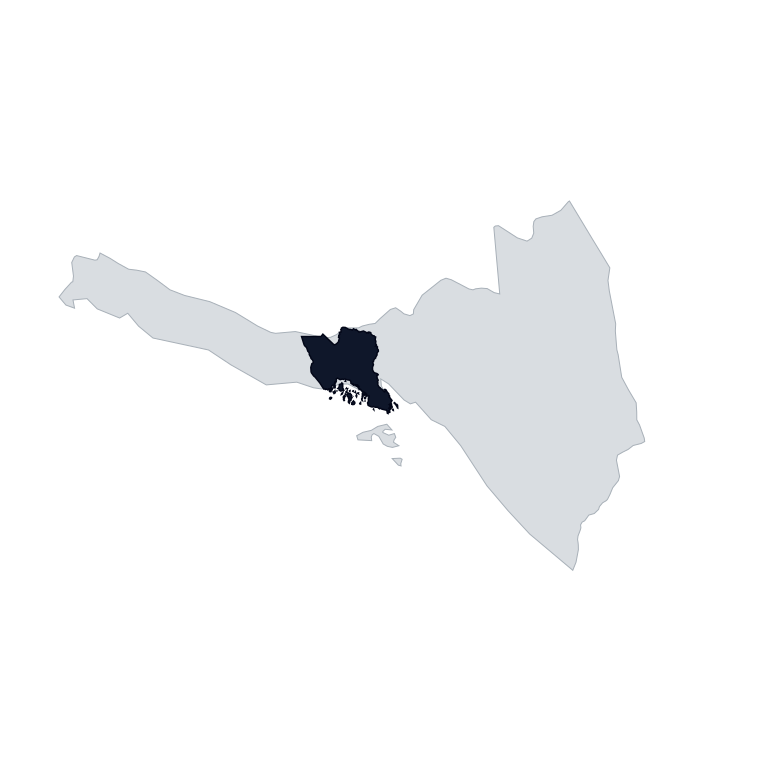 Ghelaelo, Semenawi Keyih Bahri, Eritrea shown in context, rotated 154°
{"feature_id": "51966322B44831299318058", "entity_name": "Ghelaelo", "entity_type": "district", "adm_level": 2, "iso_a3": "ERI", "parent_name": "Eritrea", "parent_adm1": "Semenawi Keyih Bahri", "projection": "natural_earth1", "projection_center": [40.103, 14.909], "detail": "fine", "context": "in_parent", "style": "filled", "palette": "ink", "viewbox_px": 768, "rotation_deg": 154, "n_neighbors": 0, "source": "geoboundaries", "source_scale": "gbopen_adm2", "svg_char_len": 8538}
<svg xmlns="http://www.w3.org/2000/svg" viewBox="0 0 768 768"><g transform="rotate(154 384 384)"><path d="M137.1,467.2L134.8,441.6L133.3,424.5L131.6,406.4L130.1,389.4L137.3,378.9L140.7,368.9L149.4,336.5L152.9,330.1L159.7,312.7L160.7,307.7L167.4,285.8L166.8,271.3L165.6,256.6L169.2,247.9L172.5,241.0L172.3,235.1L173.8,221.4L174.9,218.0L178.9,217.8L187.0,219.5L193.0,218.2L199.9,218.1L205.3,217.7L208.5,213.6L212.8,197.6L215.7,194.4L217.8,193.4L223.9,190.5L229.2,185.8L233.5,182.5L235.0,181.8L239.6,181.4L244.1,179.4L246.1,177.2L251.8,175.4L257.4,176.4L261.1,174.4L263.6,173.1L266.5,173.0L269.1,171.2L270.1,168.4L271.8,166.5L276.2,162.4L278.2,159.4L279.1,156.4L280.0,154.0L281.9,149.9L289.5,139.7L296.0,133.8L318.8,185.2L328.0,215.6L336.1,247.3L342.1,295.0L347.9,319.2L357.2,331.2L363.6,353.8L369.0,354.6L373.0,360.9L379.8,382.1L384.7,390.0L387.3,383.2L387.0,379.3L385.1,372.7L386.8,364.3L390.6,359.3L399.3,366.1L404.1,371.4L405.3,381.8L407.3,387.6L416.4,399.8L424.1,403.4L434.0,404.3L442.4,407.0L449.0,411.5L461.6,423.9L490.2,434.8L513.2,468.3L526.8,491.5L571.5,526.6L579.2,543.5L583.3,559.9L592.7,559.2L608.8,577.2L613.5,590.9L626.7,595.9L628.9,587.8L635.3,594.4L637.9,604.7L629.5,608.8L620.2,612.5L618.9,612.3L615.8,617.1L611.4,630.1L606.6,633.9L604.0,634.2L589.5,622.0L587.3,621.4L584.1,623.7L581.8,626.2L575.1,617.0L570.1,608.9L563.2,599.1L556.5,594.8L549.3,589.3L542.3,576.5L535.1,562.5L524.4,551.0L504.5,534.4L486.2,513.4L472.2,491.5L463.2,480.1L459.3,477.1L440.7,470.0L427.7,459.9L417.7,451.7L411.6,449.4L405.6,449.2L393.0,450.8L382.4,445.6L378.0,445.6L371.0,444.1L365.4,442.3L358.9,444.5L345.6,448.2L340.1,447.4L337.1,442.2L335.3,438.3L330.7,434.1L326.9,434.1L324.7,437.8L310.8,447.1L287.4,452.3L281.9,451.9L277.8,448.2L266.0,432.2L262.7,429.6L260.0,429.4L254.5,427.5L249.4,424.5L245.0,417.9L240.5,414.2L235.6,427.0L227.1,449.3L222.5,461.3L216.6,476.7L214.7,477.2L211.7,476.1L200.1,456.9L192.8,449.7L187.3,450.3L183.3,453.9L180.8,460.3L178.1,464.3L175.1,465.8L168.7,465.0L159.0,462.0L148.9,462.6L138.5,467.0L137.1,467.2ZM411.6,339.2L414.8,343.9L417.0,343.5L418.7,341.9L419.9,338.5L431.9,345.2L431.2,349.5L424.0,349.8L415.8,347.9L408.2,348.6L399.1,346.6L397.0,339.2L402.8,342.8L405.8,341.9L406.3,340.9L402.2,335.9L396.4,334.9L396.8,330.9L399.4,329.4L401.0,327.5L397.7,322.0L404.2,323.3L408.3,326.5L411.0,330.4L411.6,339.2ZM406.7,304.8L409.3,313.4L401.9,310.2L400.7,308.4L403.9,305.0L404.6,302.9L406.7,304.8Z" fill="#d9dde1" stroke="#a8b0b8" stroke-width="1"/><path d="M440.4,406.0L439.8,406.0L439.2,404.8L438.8,404.7L438.9,405.0L438.6,405.2L437.9,404.9L437.1,403.3L436.4,403.3L435.8,403.9L435.4,403.4L434.5,403.2L434.4,402.7L434.7,402.5L435.5,402.8L436.2,401.2L435.9,400.7L435.4,401.0L434.9,400.5L434.7,400.7L434.8,401.3L433.1,401.5L432.1,402.9L433.9,403.7L432.5,404.3L431.7,405.5L430.5,405.5L430.3,404.5L429.7,403.6L430.7,402.7L429.7,402.1L429.9,401.5L429.1,402.9L429.2,403.5L428.7,403.8L428.6,404.2L428.9,404.4L428.6,404.9L428.5,404.5L428.0,405.8L428.3,405.4L428.7,405.6L428.0,406.6L427.4,406.3L427.3,407.1L427.0,407.6L426.4,407.4L426.4,406.8L425.9,407.0L425.8,407.4L426.2,407.8L425.0,408.4L424.7,409.6L423.3,409.8L421.5,407.1L419.3,406.7L418.5,405.9L416.9,405.7L415.9,404.4L413.0,402.3L412.7,400.8L413.4,399.1L412.4,397.4L411.9,397.8L411.5,397.4L411.9,396.3L410.2,396.0L410.6,395.1L409.8,394.9L409.6,394.4L409.4,395.5L408.2,395.0L408.0,394.1L408.3,393.6L407.8,393.6L407.6,392.7L408.2,392.7L408.9,394.0L409.3,393.8L408.8,393.5L408.8,393.0L408.4,392.6L408.8,391.5L408.4,391.3L408.6,390.4L408.2,390.6L407.9,389.7L407.4,389.5L407.0,387.4L404.7,384.5L404.0,382.7L404.2,382.0L405.3,381.5L405.2,380.8L403.3,380.2L402.7,379.6L404.8,377.1L405.5,375.4L407.1,374.2L407.6,371.7L405.4,369.0L404.4,368.4L403.4,368.5L402.0,366.9L400.0,365.9L398.9,363.6L397.7,363.6L397.0,362.4L393.7,359.7L393.4,359.7L392.8,358.2L392.3,358.1L392.5,357.5L391.9,356.2L391.2,356.0L390.9,356.3L391.5,357.3L391.3,357.7L390.0,358.1L390.0,359.8L390.3,360.1L388.7,360.8L388.2,360.1L388.8,360.0L389.1,359.2L388.7,358.6L388.4,358.7L388.1,360.1L388.3,361.6L388.2,362.5L387.7,362.6L387.9,362.9L387.6,362.8L387.1,360.4L387.1,361.9L388.1,364.0L387.4,363.1L387.0,362.0L386.9,360.8L386.7,360.7L386.1,362.8L386.1,364.2L384.0,365.7L384.7,369.0L384.6,369.9L384.8,369.5L385.1,369.9L384.2,370.8L384.5,371.7L384.0,373.3L384.6,375.0L384.8,377.9L385.5,378.8L386.0,378.8L385.8,378.1L386.0,377.1L386.7,376.6L387.2,376.8L388.3,380.6L388.3,380.3L389.0,381.4L389.0,382.2L389.6,382.8L389.9,384.8L389.9,386.2L388.9,387.9L388.9,388.9L387.7,389.8L387.5,390.5L387.7,392.3L387.2,393.1L386.8,394.7L385.2,394.8L385.1,395.1L385.8,396.5L387.7,398.3L388.1,399.5L388.1,401.7L387.0,404.1L385.0,406.0L384.7,408.6L383.7,408.7L382.3,410.4L380.0,411.1L379.8,411.7L377.6,413.1L376.6,415.0L374.7,415.9L374.2,417.2L374.5,418.9L373.7,420.1L374.0,420.3L373.8,420.8L374.0,421.6L374.8,421.8L373.7,422.5L373.8,424.1L372.6,426.0L372.5,427.7L370.9,429.9L371.6,430.6L371.7,431.5L373.1,432.6L374.0,436.1L373.6,436.2L374.0,436.7L375.0,437.4L375.8,436.8L376.3,437.6L377.2,437.4L377.5,438.4L379.2,440.6L383.6,441.5L383.5,442.3L384.0,442.4L384.9,444.6L385.4,444.6L385.3,445.3L386.1,445.3L387.2,447.0L388.8,446.4L390.7,448.1L391.5,448.3L394.0,451.8L396.1,453.0L397.7,452.9L398.4,452.0L399.0,451.8L399.0,451.0L400.0,449.5L401.5,450.0L402.1,447.9L403.2,447.7L404.4,445.8L403.8,445.2L403.9,444.8L406.1,442.4L406.2,441.9L409.4,440.8L411.7,441.0L417.1,455.6L419.8,454.3L437.3,462.8L438.6,454.3L438.5,453.1L437.6,450.6L438.1,446.8L437.5,444.9L438.3,443.1L438.1,440.0L438.4,438.9L437.7,437.1L437.7,435.6L438.3,434.1L439.9,433.9L442.5,431.0L444.2,426.9L444.3,425.8L443.7,422.1L442.9,420.4L441.2,413.0L440.4,406.0ZM426.0,396.6L423.1,396.0L423.3,396.5L422.7,397.2L422.9,398.5L421.8,400.5L421.9,400.9L421.0,402.2L421.4,403.5L422.8,402.8L424.2,403.1L426.0,400.7L427.5,400.2L426.8,399.4L426.4,398.0L426.8,397.9L426.0,396.6ZM423.2,383.3L420.8,383.9L420.1,384.9L418.5,386.0L418.7,387.3L418.2,387.6L418.1,388.9L418.6,389.7L418.5,390.4L419.4,390.5L420.1,391.7L422.2,390.2L422.3,389.0L420.8,386.7L421.4,386.5L422.1,387.0L422.4,385.0L423.6,384.2L423.6,383.6L423.2,383.3ZM421.1,381.3L421.9,379.9L421.0,379.1L419.8,378.8L418.5,379.6L418.3,380.7L418.7,381.3L418.8,382.2L421.1,381.3ZM382.4,356.7L382.2,356.4L381.1,359.0L381.4,360.1L382.3,360.8L382.6,362.6L383.1,362.5L382.7,362.1L382.9,361.4L382.3,360.0L382.5,359.6L382.2,357.7L382.4,356.7ZM426.5,388.2L425.8,388.5L425.1,389.5L424.0,390.0L423.8,390.4L424.0,390.1L424.4,390.2L424.3,391.0L424.7,391.1L426.3,390.2L426.7,388.9L426.5,388.2ZM439.0,393.9L437.6,394.1L436.7,395.3L437.1,395.0L438.1,395.5L438.9,395.3L439.4,394.6L439.0,393.9ZM433.1,397.3L431.9,397.4L431.4,397.8L431.1,399.4L432.0,398.9L433.2,399.1L433.1,397.3ZM393.3,355.7L393.1,356.2L392.5,356.4L392.5,357.0L393.4,357.7L393.8,356.2L393.3,355.7ZM407.3,382.7L404.9,383.0L404.7,383.5L405.2,383.8L406.2,382.9L406.2,383.7L406.9,383.5L406.7,382.9L407.3,382.7ZM408.1,383.2L407.4,383.4L407.4,384.3L406.7,385.1L406.9,385.2L407.0,384.7L407.6,385.0L408.3,383.6L408.1,383.2ZM426.9,393.3L425.9,393.3L424.9,394.3L426.2,394.1L426.9,393.3ZM421.8,393.5L421.8,393.1L421.1,392.8L420.3,394.0L421.8,393.5ZM407.5,379.0L407.0,379.1L406.2,380.3L407.3,380.3L407.8,379.4L407.5,379.0ZM414.3,377.2L414.3,376.4L413.8,376.2L413.2,377.6L414.3,377.2ZM413.5,386.3L414.4,385.6L414.3,384.5L413.6,385.3L413.5,386.3ZM427.3,387.7L427.2,386.6L426.8,386.6L426.6,388.1L427.3,387.7ZM410.6,380.4L411.0,379.4L410.7,378.8L410.5,380.1L410.0,380.4L409.4,381.0L410.0,381.0L410.0,380.5L410.6,380.4ZM387.1,358.1L387.5,356.4L387.2,356.1L386.9,356.9L387.1,358.1ZM409.1,382.4L408.9,381.8L408.9,382.3L408.1,382.3L408.1,382.8L408.5,383.1L409.1,382.4ZM413.8,389.3L413.4,388.7L413.1,389.6L413.8,389.3ZM411.8,387.2L411.2,386.4L411.1,387.0L410.9,387.2L411.7,387.4L411.8,387.2ZM418.1,392.5L417.6,392.5L417.4,393.0L418.0,393.0L418.1,392.5ZM423.9,382.6L423.6,381.9L423.2,382.3L423.7,382.6L423.9,382.6ZM415.3,391.2L415.0,390.8L414.6,391.3L415.1,391.4L415.3,391.2ZM419.2,395.9L419.7,395.3L418.9,395.8L419.2,395.9ZM423.2,391.5L422.7,391.7L422.7,391.9L423.1,392.0L423.2,391.5ZM419.5,396.7L419.9,396.5L419.5,396.4L419.5,396.7ZM408.3,377.5L408.7,376.9L408.8,376.6L408.4,377.0L408.3,377.5ZM386.8,360.1L386.9,359.7L386.7,359.6L386.6,359.8L386.8,360.1ZM416.7,386.3L417.1,386.2L416.7,386.3ZM430.6,402.1L430.5,401.7L430.5,402.4L430.6,402.1ZM417.4,403.7L417.7,403.5L417.4,403.3L417.4,403.7ZM404.4,366.0L404.6,365.9L404.5,365.6L404.4,366.0ZM429.4,398.9L429.5,398.5L429.4,398.4L429.3,398.5L429.4,398.9ZM387.6,363.1L387.4,362.7L387.4,362.9L387.6,363.1Z" fill="#0f172a" stroke="#020617" stroke-width="1.5"/></g></svg>